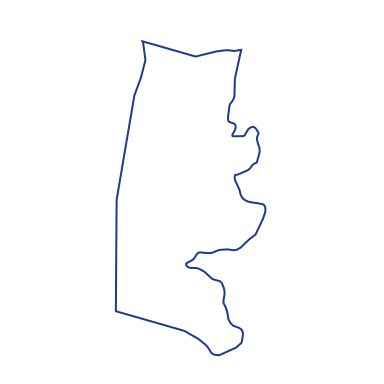 the District of Nkhotakota, rotated 196°
{"feature_id": "MWI-1902", "entity_name": "Nkhotakota", "entity_type": "District", "adm_level": 1, "iso_a3": "MWI", "parent_name": "Malawi", "parent_adm1": "", "projection": "albers", "projection_center": [34.033, -12.814], "detail": "fine", "context": "isolated", "style": "outline", "palette": "blue", "viewbox_px": 384, "rotation_deg": 196, "n_neighbors": 0, "source": "natural_earth", "source_scale": "10m", "svg_char_len": 1892}
<svg xmlns="http://www.w3.org/2000/svg" viewBox="0 0 384 384"><g transform="rotate(196 192 192)"><path d="M232.3,56.4L237.7,75.6L250.4,121.0L262.3,163.8L265.1,188.8L268.6,220.0L271.5,246.6L274.0,268.8L272.6,287.6L273.1,305.9L280.1,322.0L280.4,322.5L281.1,323.2L225.9,323.2L207.2,333.9L198.3,337.7L193.0,338.8L190.5,339.1L183.9,342.2L182.0,312.8L177.6,295.6L177.8,292.3L178.7,289.4L179.6,287.3L179.8,285.5L178.0,273.9L177.3,271.6L176.2,269.9L173.7,269.5L171.7,269.4L169.9,269.2L168.6,268.1L167.8,266.0L167.7,263.8L168.1,261.8L168.6,260.0L169.0,258.2L168.5,257.0L167.4,257.0L158.3,259.8L157.5,260.3L156.9,261.2L155.5,266.9L154.7,268.7L153.7,269.9L152.2,271.2L150.5,271.5L148.9,271.0L146.9,269.6L145.4,268.2L144.2,266.8L144.5,263.0L144.3,260.9L141.9,256.6L140.7,254.9L139.6,253.6L138.0,249.3L137.8,238.4L140.6,235.7L141.2,234.8L142.7,230.8L143.7,229.2L144.4,228.3L152.9,221.3L155.1,220.3L155.4,219.6L155.2,218.4L154.1,215.5L146.9,207.1L144.7,203.3L142.7,200.8L140.1,199.2L138.0,198.6L136.1,198.3L134.4,198.2L122.1,199.7L120.2,199.7L118.7,199.0L117.6,197.8L116.6,195.4L116.1,193.2L116.3,186.2L119.2,168.7L124.1,162.0L129.9,152.0L131.2,150.6L132.4,149.4L133.9,148.4L135.7,147.6L142.1,146.6L149.3,144.1L151.6,142.6L155.0,139.8L156.8,138.7L158.7,138.0L163.4,136.9L167.4,136.3L168.6,135.8L169.7,134.5L170.4,132.9L172.0,127.9L173.8,125.7L177.1,122.6L177.5,122.1L177.8,121.5L177.7,120.7L177.0,119.7L174.8,118.6L172.7,118.6L167.7,119.9L165.1,120.2L162.4,119.8L159.6,119.2L157.1,118.3L149.2,114.3L146.4,113.8L140.7,114.0L138.6,112.9L136.7,110.8L135.0,108.5L133.5,105.8L132.5,102.6L132.0,97.6L131.3,94.3L127.3,89.7L125.1,86.4L121.8,79.6L118.9,76.7L115.8,74.9L108.9,74.3L106.4,73.3L104.7,71.5L103.7,68.8L102.9,62.5L102.9,60.6L106.7,54.6L120.7,42.7L124.8,41.8L126.7,41.9L128.8,42.5L133.5,46.7L136.4,48.7L145.3,52.5L161.2,56.4L232.2,56.4L232.3,56.4Z" fill="none" stroke="#1e3a8a" stroke-width="2"/></g></svg>